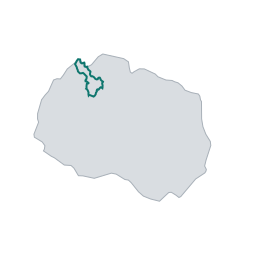 where Gostivar sits in North Macedonia, rotated 38°
{"feature_id": "MKD-2962", "entity_name": "Gostivar", "entity_type": "Statistical Region", "adm_level": 1, "iso_a3": "MKD", "parent_name": "North Macedonia", "parent_adm1": "", "projection": "albers", "projection_center": [20.862, 41.749], "detail": "fine", "context": "in_parent", "style": "outline", "palette": "teal", "viewbox_px": 256, "rotation_deg": 38, "n_neighbors": 0, "source": "natural_earth", "source_scale": "10m", "svg_char_len": 2368}
<svg xmlns="http://www.w3.org/2000/svg" viewBox="0 0 256 256"><g transform="rotate(38 128 128)"><path d="M116.3,68.7L120.1,69.2L128.4,66.8L133.5,63.4L136.1,62.9L139.6,61.6L144.6,61.7L149.7,63.1L156.1,61.1L162.5,57.9L165.0,58.7L167.8,61.2L169.6,61.9L180.4,75.5L186.3,80.9L193.2,85.0L201.1,87.9L204.0,90.8L209.3,105.3L211.8,110.8L215.2,112.4L216.0,114.0L216.2,116.1L212.7,126.5L211.8,149.6L210.9,151.4L206.9,151.4L201.7,152.0L199.8,153.8L197.9,166.3L189.6,170.0L182.0,172.2L175.5,171.8L164.1,169.1L160.4,168.8L157.2,170.5L147.1,171.6L142.7,173.8L132.4,188.4L121.9,193.5L118.3,196.1L110.1,192.9L106.2,192.6L100.6,196.4L88.3,196.8L85.0,197.5L75.5,198.1L75.1,196.1L73.4,193.1L69.0,191.8L59.9,192.9L57.7,190.8L54.0,178.5L51.1,176.5L47.9,172.3L42.5,158.9L42.4,153.1L42.8,148.0L39.8,136.0L41.7,132.9L44.5,131.0L44.5,126.2L43.8,118.9L47.1,104.5L48.0,103.4L48.9,104.1L56.9,105.3L59.0,103.5L60.3,100.6L60.7,90.1L62.6,85.2L81.9,76.0L87.6,75.6L92.0,79.8L95.4,82.5L97.5,82.4L98.2,79.7L100.5,74.4L104.5,71.4L116.2,68.7L116.3,68.7Z" fill="#d9dde1" stroke="#a8b0b8" stroke-width="1"/><path d="M46.9,110.2L46.8,108.9L46.3,106.6L46.3,106.1L46.3,104.5L48.1,103.5L49.7,105.2L50.5,105.6L51.6,105.6L52.2,105.2L52.9,103.8L53.3,103.4L54.0,103.9L55.3,105.7L56.0,106.2L57.4,105.7L58.2,104.8L59.1,105.7L60.5,106.3L60.8,106.5L61.7,106.5L62.7,106.5L63.6,106.6L64.0,107.2L64.5,108.4L64.9,109.0L66.1,109.7L67.3,109.9L68.1,109.1L69.9,108.9L72.1,109.4L73.4,109.0L74.1,108.2L73.9,107.6L73.8,106.7L74.1,106.2L74.4,105.9L74.8,105.7L75.4,105.9L76.8,106.8L78.3,107.0L79.4,106.9L79.8,106.9L80.0,107.6L79.9,108.3L80.4,109.0L81.7,110.0L82.4,111.0L83.0,111.8L83.3,112.4L83.0,112.4L81.5,112.6L81.2,113.4L81.2,114.8L81.2,115.7L81.0,116.1L80.4,116.1L80.1,116.4L80.0,116.9L80.3,117.8L80.9,118.3L81.0,119.1L81.0,119.9L81.2,120.3L81.5,120.8L81.8,121.4L81.9,123.0L81.6,124.3L81.1,124.3L80.5,124.8L79.8,124.9L78.9,125.2L78.0,125.4L77.3,125.9L76.9,126.1L76.9,126.5L76.2,125.9L75.7,125.3L75.1,124.4L74.1,123.7L73.0,123.1L71.6,122.7L70.8,122.8L70.7,122.0L69.7,120.8L68.8,119.4L68.3,118.4L68.6,118.0L69.2,117.4L69.2,116.9L68.6,116.8L67.5,116.8L66.6,116.8L65.8,117.3L65.1,116.6L65.0,114.8L64.1,113.3L63.7,112.8L62.7,112.7L61.3,112.5L60.0,112.3L58.6,112.3L58.0,113.1L57.3,113.9L56.5,114.5L55.1,114.4L53.7,114.2L52.6,113.2L51.1,112.5L50.3,111.7L48.9,111.1L46.9,110.2Z" fill="none" stroke="#0f766e" stroke-width="2"/></g></svg>